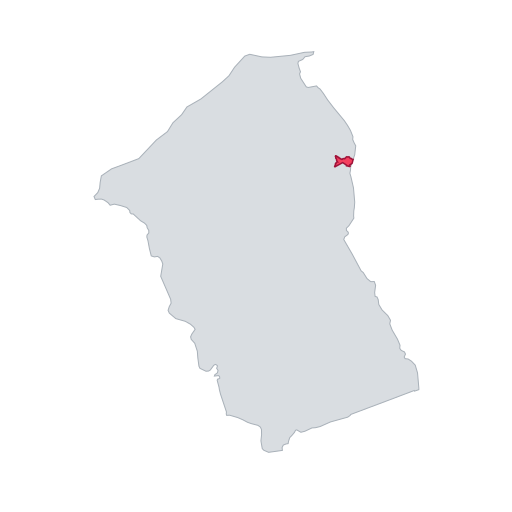 Dormaa West, Brong Ahafo, Ghana (highlighted), rotated 160°
{"feature_id": "2480657B11503231198633", "entity_name": "Dormaa West", "entity_type": "district", "adm_level": 2, "iso_a3": "GHA", "parent_name": "Ghana", "parent_adm1": "Brong Ahafo", "projection": "albers", "projection_center": [-2.874, 6.975], "detail": "fine", "context": "in_parent", "style": "filled", "palette": "rose", "viewbox_px": 512, "rotation_deg": 160, "n_neighbors": 0, "source": "geoboundaries", "source_scale": "gbopen_adm2", "svg_char_len": 5079}
<svg xmlns="http://www.w3.org/2000/svg" viewBox="0 0 512 512"><g transform="rotate(160 256 256)"><path d="M311.3,67.2L315.1,70.8L316.0,72.9L314.6,80.6L311.9,86.1L310.2,91.1L310.4,93.7L312.1,96.2L317.9,100.2L320.9,102.7L324.4,106.6L328.4,110.4L335.2,115.4L338.1,116.3L338.0,117.7L337.1,119.6L336.6,138.2L336.1,143.0L335.6,145.5L335.0,152.4L334.3,153.4L333.0,153.3L331.8,153.6L331.5,155.0L332.0,156.4L336.2,157.4L335.3,158.5L332.2,159.4L330.8,161.5L331.4,163.9L329.8,165.9L330.3,167.1L331.4,168.1L333.1,167.7L337.9,164.5L339.9,164.1L342.4,164.8L347.1,169.6L347.3,172.0L345.5,180.2L343.7,186.6L343.4,195.0L345.4,199.8L345.1,202.4L343.0,204.6L338.3,207.9L338.7,210.2L340.9,214.3L344.9,218.9L352.8,224.6L357.0,232.0L357.2,235.0L354.8,238.1L351.9,240.7L351.0,244.5L352.5,269.5L346.3,280.4L346.3,283.5L347.0,287.1L348.6,289.3L351.8,289.9L354.4,291.9L353.6,299.6L352.3,307.3L352.1,311.1L351.3,312.9L348.8,314.4L348.0,316.8L348.6,319.8L348.2,322.1L349.5,325.0L352.4,328.6L357.0,337.5L358.8,338.2L359.6,340.0L359.1,341.9L360.9,345.8L366.0,349.7L371.4,353.2L375.7,353.6L376.8,356.7L379.6,360.6L381.7,362.3L385.0,363.4L387.7,364.0L387.9,367.3L383.0,369.7L379.8,373.1L377.3,378.4L373.9,384.2L361.9,387.3L357.3,387.3L332.8,387.6L309.9,399.1L296.6,403.2L288.5,409.6L277.6,414.2L269.9,419.7L254.1,422.4L228.0,431.2L219.8,434.6L211.6,440.7L198.2,447.7L192.9,447.7L182.4,441.1L174.5,437.8L155.1,432.8L140.7,430.8L133.7,428.6L131.8,428.3L133.4,425.9L137.5,425.7L141.7,426.5L144.9,424.7L149.6,424.4L150.8,422.5L151.2,417.8L151.2,413.9L152.8,412.2L153.2,407.7L150.9,397.7L149.3,396.5L140.9,395.1L140.2,393.1L138.7,391.0L137.1,385.8L135.3,378.1L132.3,368.6L126.7,352.9L125.3,347.3L124.3,341.7L124.1,334.9L125.3,332.4L125.1,328.9L124.6,325.4L128.6,317.4L136.4,307.6L138.0,304.1L139.5,301.6L139.7,298.1L141.1,286.7L144.8,272.9L147.1,267.7L148.7,264.9L150.6,260.2L151.1,258.1L158.3,252.7L161.6,251.2L162.3,249.1L161.2,246.8L161.7,245.2L163.4,244.4L166.0,243.7L167.9,241.5L164.9,224.5L162.5,207.6L162.3,206.1L160.9,203.8L159.4,196.8L157.0,192.7L153.6,191.5L153.6,187.6L157.0,181.1L157.9,177.3L156.3,176.1L156.1,173.2L157.2,168.4L156.6,165.4L156.0,162.2L152.5,154.8L151.6,149.6L153.5,146.5L153.4,139.8L151.5,129.4L151.2,122.9L152.5,120.1L151.8,117.6L149.3,115.1L149.1,112.7L151.3,110.4L151.0,108.5L148.3,107.2L145.9,104.0L143.7,99.0L144.2,90.9L148.2,76.0L148.7,74.7L153.3,74.8L153.3,75.5L167.6,75.3L183.9,75.1L203.5,74.9L221.2,74.7L222.0,74.0L224.9,73.2L242.8,74.6L254.0,73.8L258.8,74.3L262.2,75.3L270.0,74.6L274.1,75.0L277.2,78.7L278.5,78.7L280.2,77.1L283.3,75.3L286.4,73.8L288.7,70.9L290.0,68.7L292.1,69.1L295.0,69.0L297.0,67.1L297.7,64.3L311.3,67.2Z" fill="#d9dde1" stroke="#a8b0b8" stroke-width="1"/><path d="M146.7,322.8L146.7,322.7L146.8,322.7L147.0,322.6L146.9,322.5L147.0,322.4L147.0,322.2L146.9,322.1L147.0,321.9L147.2,321.7L147.3,321.7L147.3,321.4L147.4,321.2L147.5,320.9L147.6,320.7L147.5,320.4L147.4,320.4L147.4,320.2L147.3,319.8L147.2,319.7L147.2,319.4L147.2,319.2L147.3,319.0L147.3,318.9L147.4,318.7L147.5,318.6L147.5,318.4L147.5,318.2L147.5,317.9L147.5,317.7L147.4,317.3L147.5,317.4L147.5,317.2L147.5,317.3L147.6,317.2L147.6,316.9L147.7,316.7L147.8,316.6L147.9,316.4L148.0,316.4L148.3,316.3L148.5,316.3L148.7,316.2L148.8,316.1L149.0,316.0L149.3,316.0L149.4,315.9L149.4,315.7L149.5,315.7L149.8,315.5L149.8,315.4L149.9,315.2L150.0,315.1L150.1,314.9L150.2,314.7L150.2,314.8L150.2,314.7L150.3,314.6L150.4,314.4L150.5,314.4L150.4,314.4L150.5,314.3L150.4,314.3L150.4,314.2L150.5,314.2L150.8,313.9L150.7,313.8L150.7,313.7L150.8,313.6L151.0,313.5L151.0,313.4L151.1,313.2L151.3,313.1L151.5,313.1L151.6,312.9L151.7,312.7L151.9,312.7L150.7,312.9L142.6,314.1L139.9,310.5L140.1,310.2L140.2,309.9L139.9,309.6L139.7,309.5L139.4,309.5L139.2,309.4L138.9,309.2L138.6,309.0L138.6,308.9L138.4,308.9L138.2,308.8L137.9,308.7L138.0,308.6L138.0,308.4L137.8,308.2L137.6,308.1L137.2,308.0L136.9,308.1L136.7,309.6L135.8,309.7L135.2,309.9L134.2,310.1L133.7,310.6L132.3,312.7L132.3,312.9L132.2,313.0L131.7,313.5L132.1,313.7L132.2,313.8L132.3,314.0L132.6,314.1L132.9,314.4L133.0,314.7L133.1,314.9L133.1,315.0L133.3,315.1L133.5,315.3L133.8,315.3L134.0,315.4L134.1,315.6L134.3,316.0L134.3,316.3L134.3,316.5L134.4,316.9L134.4,317.0L134.8,317.5L135.1,317.5L135.6,317.5L135.8,317.6L136.2,317.8L136.3,318.0L136.6,318.2L137.0,318.2L136.9,318.2L137.2,318.2L137.4,318.1L137.6,318.0L137.7,317.9L137.8,317.8L137.9,317.7L138.5,317.4L138.6,317.5L138.9,317.4L139.0,317.4L139.2,317.1L139.3,317.1L139.6,317.1L140.1,317.5L140.5,317.6L140.8,317.7L141.0,317.6L141.4,317.5L141.6,317.4L141.7,317.5L141.8,317.4L142.0,317.4L142.3,317.4L142.4,317.5L142.5,317.6L142.7,317.9L142.9,318.1L143.0,318.2L143.1,318.3L143.4,318.4L143.4,318.6L143.5,318.6L143.5,318.8L143.8,319.0L144.0,319.2L144.0,319.4L144.3,319.5L144.3,319.8L144.5,319.9L144.6,320.1L144.8,320.3L144.7,320.5L144.8,320.6L145.0,320.7L145.0,320.8L145.1,321.0L145.3,321.0L145.5,321.3L145.4,321.3L145.5,321.4L145.5,321.5L145.8,321.7L145.8,321.8L145.9,322.0L146.0,322.1L146.0,322.3L146.2,322.5L146.3,322.6L146.5,322.7L146.7,322.8Z" fill="#f43f5e" stroke="#9f1239" stroke-width="1.5"/></g></svg>